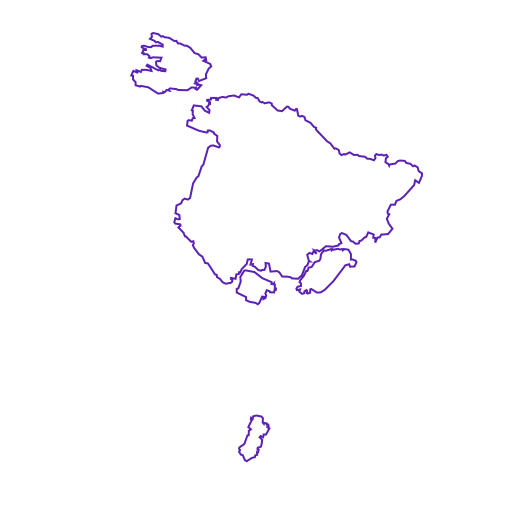 Nøtterøy nor, Norway, rotated 99°
{"feature_id": "86288312B41370900035863", "entity_name": "Nøtterøy nor", "entity_type": "district", "adm_level": 2, "iso_a3": "NOR", "parent_name": "Norway", "parent_adm1": "", "projection": "natural_earth1", "projection_center": [10.404, 59.202], "detail": "fine", "context": "isolated", "style": "outline", "palette": "violet", "viewbox_px": 512, "rotation_deg": 99, "n_neighbors": 0, "source": "geoboundaries", "source_scale": "gbopen_adm2", "svg_char_len": 6072}
<svg xmlns="http://www.w3.org/2000/svg" viewBox="0 0 512 512"><g transform="rotate(99 256 256)"><path d="M158.3,106.5L150.8,104.6L148.3,105.1L146.8,108.5L143.2,110.2L141.8,113.4L142.8,114.9L140.8,117.9L140.6,122.1L138.8,123.9L139.2,128.8L140.2,130.9L142.9,132.8L144.7,138.3L145.9,138.6L144.6,139.4L143.1,142.8L139.1,143.0L137.4,141.4L135.7,143.0L136.8,145.7L136.2,147.6L137.0,150.5L136.5,153.1L138.4,154.2L140.6,153.3L143.0,154.5L142.2,158.5L142.5,161.4L140.9,163.9L141.2,169.8L140.2,171.4L140.9,175.1L139.0,179.7L141.9,183.7L141.5,184.9L143.0,187.5L141.6,189.5L138.3,190.9L137.2,194.2L137.8,195.3L133.1,200.2L131.6,203.7L121.7,216.6L120.0,216.6L119.4,219.0L115.9,223.0L114.2,228.4L111.1,229.9L110.4,232.4L111.4,234.3L110.8,236.2L104.5,238.6L104.6,239.5L106.4,240.5L105.2,245.6L103.5,247.4L103.6,248.8L108.9,253.0L108.9,257.4L104.6,264.0L103.0,264.3L102.2,267.1L103.8,271.3L102.9,273.8L103.4,274.5L102.7,276.7L99.7,279.1L99.8,280.8L98.0,283.5L96.9,288.7L98.1,290.0L98.6,295.8L102.0,297.6L100.9,302.8L102.5,308.1L104.2,310.5L104.1,314.0L105.8,317.5L108.0,318.1L107.9,319.9L106.1,319.8L106.9,325.1L108.6,325.1L109.4,328.6L110.3,328.6L111.3,325.4L113.0,325.2L113.0,326.3L114.8,326.4L116.5,328.1L119.2,324.7L121.9,324.7L120.4,329.4L116.7,333.4L117.0,341.0L122.2,342.2L122.3,341.1L125.8,340.8L129.4,338.3L129.8,340.0L132.4,340.6L132.3,343.6L133.2,344.7L138.0,344.5L141.2,332.0L141.8,324.4L141.4,323.2L139.6,323.2L139.2,321.4L140.5,317.1L141.6,316.8L143.5,313.0L148.9,312.4L152.2,309.0L153.7,308.9L154.5,309.4L153.5,315.8L154.3,318.1L156.5,320.2L174.0,322.3L176.1,323.7L186.3,325.4L187.8,326.9L194.2,329.5L209.1,330.2L210.9,332.1L210.5,335.5L212.3,337.3L215.9,338.4L218.5,342.4L226.4,342.2L227.5,338.1L231.5,337.1L232.0,339.1L231.3,341.5L235.4,342.0L236.6,340.9L236.6,335.8L237.8,335.3L239.9,337.1L244.5,331.1L247.7,329.3L247.7,328.2L252.1,322.2L251.2,320.2L253.4,319.4L255.1,320.1L257.7,318.4L263.2,312.7L265.1,308.8L270.9,305.1L270.7,302.7L271.5,301.7L280.6,293.6L280.7,291.9L282.9,291.3L284.3,287.9L287.1,285.0L288.1,281.5L286.5,276.8L285.2,275.6L283.4,275.6L282.5,277.3L281.6,277.3L281.7,272.6L277.3,272.6L276.5,270.2L274.7,270.2L274.8,269.0L271.3,268.1L265.2,263.9L260.8,263.6L260.4,262.4L260.1,259.5L265.3,260.1L264.5,257.8L266.3,257.8L266.8,255.5L269.6,251.4L269.7,248.5L268.8,247.9L268.5,245.6L265.0,244.6L261.4,245.5L261.5,242.0L269.1,239.2L267.6,232.7L268.5,230.4L272.2,226.9L271.5,221.7L271.6,218.2L272.5,217.0L271.9,210.9L267.9,207.7L259.0,205.7L257.0,203.8L253.0,203.0L252.9,202.0L252.4,203.1L246.8,205.6L244.5,203.5L245.2,200.7L242.3,199.9L244.3,196.5L241.2,199.4L241.5,198.1L240.6,196.7L241.6,194.0L235.4,188.4L234.8,181.5L232.7,176.2L231.6,176.2L229.9,173.7L224.7,176.9L221.2,176.3L219.9,174.8L221.0,170.1L226.5,164.4L226.6,162.5L228.3,159.7L227.6,156.5L225.0,156.1L224.4,154.5L220.6,151.6L220.1,150.2L215.1,148.8L216.4,143.1L219.6,143.1L219.6,141.0L224.1,140.3L218.8,138.9L218.2,136.7L215.3,135.7L213.7,129.0L207.7,125.5L203.2,130.0L198.7,132.6L193.9,130.9L193.6,132.4L191.3,133.1L184.2,130.8L183.6,126.8L179.6,125.9L177.4,122.3L173.7,119.0L161.2,110.9L156.3,110.6L158.3,106.5ZM75.7,329.9L73.4,331.4L71.5,338.5L70.0,337.2L70.1,335.9L67.6,336.8L68.5,340.8L65.8,344.4L65.2,348.4L60.8,353.3L59.1,357.2L59.4,359.7L57.9,364.0L58.3,366.3L55.9,368.3L56.5,370.2L54.1,375.8L54.2,380.6L53.4,382.4L54.2,383.8L52.1,387.4L51.9,392.6L52.8,393.9L56.0,393.1L58.1,394.7L59.4,389.9L60.6,388.3L59.9,386.4L61.8,381.2L63.8,381.0L63.4,384.6L64.6,391.1L66.0,392.0L66.5,395.0L65.8,399.5L66.5,401.4L67.4,401.7L68.5,399.8L69.0,396.9L69.8,396.9L70.3,399.5L73.3,400.2L73.3,398.6L74.3,398.5L73.7,395.3L74.3,394.0L75.4,392.4L76.8,392.8L77.1,391.2L75.9,388.9L74.9,380.4L78.6,381.2L79.0,384.3L80.0,385.1L83.2,384.3L85.2,380.9L85.9,374.5L87.7,374.5L88.0,378.6L87.0,379.8L87.9,381.5L84.0,393.2L85.3,393.8L86.7,389.7L89.6,388.2L89.3,393.2L90.0,397.9L92.2,398.5L91.2,403.2L92.1,403.2L92.1,401.4L93.4,402.0L92.4,406.1L97.2,407.4L97.3,405.6L100.8,405.1L103.1,402.2L106.2,401.6L106.8,397.0L106.0,396.4L106.2,388.8L110.9,378.1L109.6,373.4L108.3,373.3L108.7,372.2L108.1,371.4L106.0,370.3L106.2,367.5L105.4,368.4L103.9,367.1L103.6,360.6L104.2,358.9L103.0,349.6L99.6,346.0L99.2,341.6L100.5,341.9L101.0,340.2L95.9,336.8L95.6,338.9L96.3,340.5L95.4,340.3L95.2,343.0L93.9,341.7L93.4,343.2L90.1,342.6L89.9,341.2L92.1,339.7L88.2,333.0L84.5,333.9L78.4,332.1L75.7,329.9ZM251.8,161.5L251.0,157.1L246.5,155.8L245.3,156.4L244.3,160.0L244.7,161.7L239.3,162.5L235.3,165.7L235.3,169.5L236.7,171.1L235.5,171.3L236.4,174.0L236.1,176.4L237.8,180.7L237.3,181.3L238.5,182.2L237.4,182.8L240.0,188.1L239.9,189.9L244.3,192.1L248.7,191.9L250.8,192.8L252.8,196.9L258.1,199.3L259.3,202.2L262.8,202.9L262.8,204.0L268.0,205.6L273.2,208.6L275.0,208.9L275.9,207.4L278.6,206.9L279.8,210.1L282.0,211.0L283.3,210.2L282.1,207.2L284.4,207.6L286.2,204.6L285.3,202.7L283.2,202.6L281.7,200.8L282.7,199.9L284.6,200.2L285.0,199.1L283.8,196.8L280.5,197.2L279.9,196.3L282.6,190.1L281.9,186.6L278.8,182.9L268.7,175.6L251.1,166.2L249.6,162.7L251.8,161.5ZM289.6,236.5L289.2,232.4L286.6,232.4L286.6,231.2L284.9,231.2L284.8,232.4L281.3,232.9L281.2,234.1L280.3,234.1L281.2,234.7L281.2,236.4L279.4,236.4L276.9,246.3L272.1,255.0L271.8,264.3L272.7,265.5L279.2,268.2L283.7,267.1L290.7,268.4L291.5,269.9L295.1,269.3L298.1,259.4L301.2,258.9L302.2,255.4L302.4,249.0L303.4,246.7L302.1,245.5L295.1,243.6L295.1,241.9L297.3,241.9L296.1,240.1L293.4,239.8L291.6,240.9L288.1,240.0L288.6,237.1L289.6,236.5ZM430.8,218.2L424.2,215.8L423.3,218.1L422.4,218.1L422.4,216.9L420.6,217.5L420.6,219.2L419.7,219.2L419.6,222.1L420.5,222.1L419.5,223.3L415.1,223.8L413.7,225.5L413.5,230.8L414.8,233.7L417.4,233.8L416.5,235.5L418.2,235.5L418.3,234.4L426.2,236.8L428.0,233.9L429.7,235.7L434.2,235.2L434.6,236.4L443.5,238.1L447.6,242.4L449.2,242.6L450.1,241.4L452.1,242.1L454.6,239.7L454.8,237.9L459.4,235.0L460.1,233.1L456.1,228.5L454.8,225.6L453.1,225.6L452.2,223.8L449.6,224.3L449.6,223.2L447.0,223.1L446.9,224.3L445.2,224.3L443.5,221.3L440.0,221.0L436.4,221.2L434.5,224.1L433.1,223.3L433.8,220.6L431.1,220.5L430.8,218.2Z" fill="none" stroke="#5b21b6" stroke-width="2"/></g></svg>